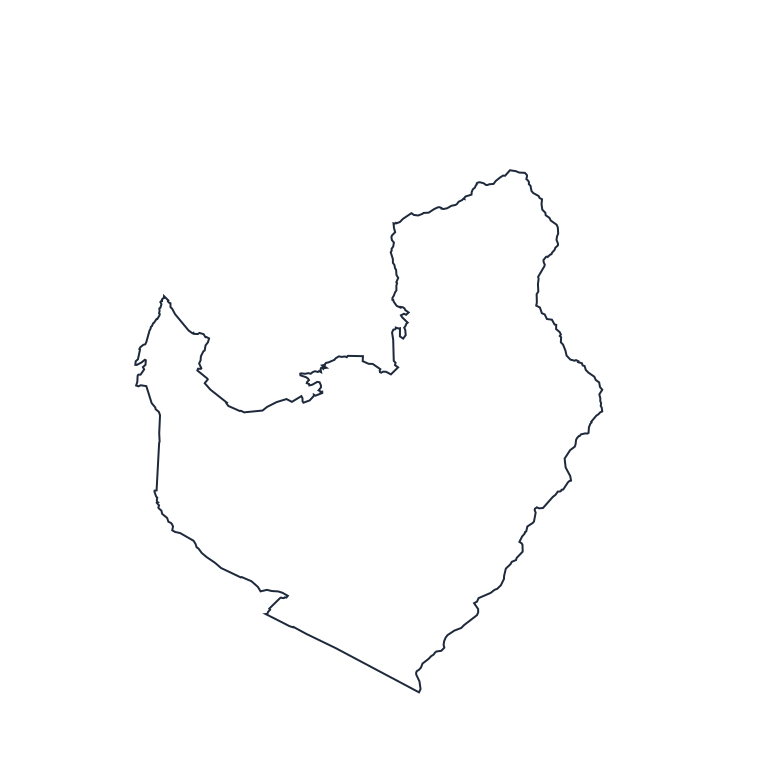 Scortoasa, Buzau, Romania (orthographic projection), rotated 40°
{"feature_id": "2599482B46829986132598", "entity_name": "Scortoasa", "entity_type": "district", "adm_level": 2, "iso_a3": "ROU", "parent_name": "Romania", "parent_adm1": "Buzau", "projection": "orthographic", "projection_center": [26.658, 45.394], "detail": "fine", "context": "isolated", "style": "outline", "palette": "slate", "viewbox_px": 768, "rotation_deg": 40, "n_neighbors": 0, "source": "geoboundaries", "source_scale": "gbopen_adm2", "svg_char_len": 6165}
<svg xmlns="http://www.w3.org/2000/svg" viewBox="0 0 768 768"><g transform="rotate(40 384 384)"><path d="M608.1,594.2L602.3,589.0L595.5,585.9L594.2,584.5L593.7,583.0L594.5,580.3L594.6,577.5L593.2,573.4L594.8,566.1L595.1,562.0L595.9,559.6L595.7,556.7L596.2,555.1L599.4,551.5L599.7,547.2L597.4,545.6L595.4,542.4L594.2,538.5L594.1,535.5L596.4,527.7L600.0,521.2L600.3,517.2L603.8,501.3L603.0,498.5L600.8,495.9L593.9,494.0L595.1,490.9L594.1,487.2L600.0,475.4L601.0,470.6L602.4,468.1L602.9,463.1L601.2,456.2L599.4,453.9L596.0,447.1L596.7,440.7L596.2,438.1L598.3,433.9L597.4,432.0L598.0,423.3L593.4,418.1L591.8,417.6L589.2,417.9L587.8,412.0L587.9,408.1L587.2,406.9L587.7,405.5L585.4,401.0L587.3,394.7L587.3,393.0L582.9,385.1L580.4,383.7L579.8,382.5L580.4,380.2L582.7,379.6L585.5,376.8L585.9,361.9L586.6,358.8L586.3,354.7L588.0,353.1L588.4,351.7L588.0,350.9L589.1,349.6L588.1,341.1L588.4,339.1L589.4,337.8L585.8,334.8L576.8,331.2L570.3,325.0L569.1,315.0L570.4,309.4L569.6,307.2L567.1,303.4L566.6,301.3L566.7,298.7L567.3,298.2L567.3,295.9L569.9,292.5L571.7,291.2L572.1,290.0L568.8,285.4L567.6,281.7L567.7,280.0L567.0,279.7L567.0,271.7L567.7,269.4L567.8,267.0L568.8,264.7L565.9,262.1L564.1,261.5L562.7,259.2L560.7,258.1L559.0,256.0L555.6,253.5L554.9,248.1L551.4,247.5L547.8,244.5L543.6,244.8L540.4,243.2L533.3,243.9L529.5,243.5L526.1,241.3L524.2,242.1L522.2,240.9L518.7,242.5L518.4,241.6L515.7,242.3L515.1,243.6L511.1,245.5L505.6,244.9L501.7,241.9L495.8,238.7L492.7,238.4L489.6,234.3L487.8,234.2L487.7,232.4L485.2,231.3L480.5,231.3L477.9,228.0L476.4,228.8L471.3,226.8L467.0,229.5L462.4,227.4L459.4,228.3L454.3,225.2L450.2,226.1L448.7,223.3L443.2,217.1L442.8,214.0L437.7,208.5L434.8,204.0L433.2,202.9L431.1,190.4L430.3,189.1L428.2,188.2L426.5,186.6L426.4,182.5L427.1,181.5L427.7,181.5L428.2,177.9L428.8,177.0L428.3,175.0L428.5,171.7L427.7,169.6L428.1,165.9L427.1,164.7L423.5,162.7L421.7,159.8L420.8,156.9L416.6,152.4L413.8,151.0L406.7,151.6L404.0,150.4L399.4,150.8L397.5,149.1L393.2,148.7L389.1,145.0L386.3,140.9L383.7,141.5L381.6,140.6L375.5,141.8L372.9,141.3L368.8,138.0L366.5,137.8L365.4,136.3L363.8,135.6L361.3,135.5L359.9,132.7L358.9,132.0L356.2,131.7L351.5,135.2L348.2,136.2L343.1,139.3L342.9,146.6L341.2,147.9L340.2,151.1L339.1,156.6L339.3,160.3L336.3,163.3L335.3,165.1L334.2,166.0L331.5,166.1L328.0,167.7L326.8,168.7L326.0,170.6L326.8,171.6L326.7,172.9L327.4,175.2L326.9,177.7L327.8,180.6L329.3,182.7L325.9,188.0L326.0,190.1L326.7,190.6L325.7,191.0L325.6,192.9L324.0,196.5L324.2,199.1L323.7,200.9L321.1,204.1L319.4,208.8L317.0,211.8L315.3,212.7L314.9,212.2L312.7,213.0L311.7,214.1L310.0,217.7L308.1,224.0L304.3,227.6L304.1,228.9L301.8,233.0L298.2,235.3L295.2,235.5L292.4,245.2L292.0,249.8L290.1,253.1L289.4,253.0L289.0,254.4L288.0,254.8L291.4,258.1L295.0,260.6L294.6,264.8L295.2,266.7L297.6,268.7L300.7,269.3L302.7,272.8L302.9,275.5L304.2,277.0L304.5,278.8L310.5,282.6L313.0,285.5L315.4,286.1L318.2,288.3L319.8,288.7L323.5,292.5L326.7,293.6L328.0,298.1L329.2,298.3L330.1,300.5L333.4,304.4L333.5,306.6L334.7,309.8L335.1,312.5L336.3,314.1L337.1,313.7L338.5,314.7L343.5,316.0L347.4,314.9L347.0,314.4L349.1,313.1L351.1,312.9L352.8,313.7L356.9,313.4L356.4,316.8L354.2,317.3L352.8,320.5L354.8,321.2L362.7,321.8L362.4,323.4L363.2,326.0L363.3,327.9L365.5,328.9L369.2,332.6L369.5,336.9L365.6,337.3L360.4,331.0L359.5,332.1L356.8,333.2L357.4,333.9L357.4,334.9L356.2,336.4L357.1,339.4L362.7,344.3L376.6,360.0L379.2,360.3L380.3,362.5L384.1,362.2L383.1,372.2L377.7,373.3L375.4,375.1L374.5,377.2L373.3,377.5L372.0,376.4L371.7,375.0L362.4,375.9L359.3,378.4L353.0,380.2L350.0,376.2L338.2,385.7L338.3,387.4L336.4,388.0L334.2,390.4L331.6,391.9L330.4,395.6L330.5,397.3L327.6,403.1L326.1,405.0L325.9,406.2L326.5,407.1L324.6,409.6L326.3,409.8L327.6,408.8L329.5,408.6L327.8,410.4L327.8,411.5L326.2,411.2L325.5,412.2L326.0,413.6L328.2,415.4L325.9,415.9L325.6,417.3L322.9,418.6L321.7,420.8L321.3,423.2L319.0,424.4L317.0,426.9L313.7,429.1L313.2,429.9L314.4,431.1L319.9,428.9L322.4,428.7L324.0,429.2L323.8,431.8L324.3,433.0L326.6,432.2L327.7,433.1L329.5,430.7L331.5,425.3L333.6,424.1L336.7,425.7L337.9,427.2L338.0,430.9L339.2,430.5L340.3,431.0L341.6,429.6L342.5,430.6L338.9,437.1L337.1,437.3L337.9,438.2L337.6,444.4L334.3,450.1L332.7,449.6L330.7,447.3L328.5,446.4L324.9,456.9L319.0,458.2L313.3,467.0L309.2,476.6L308.0,482.4L295.1,495.6L291.6,496.5L290.9,497.4L278.8,500.9L275.4,500.0L275.6,499.3L254.6,499.9L246.1,498.6L246.1,493.8L245.1,493.4L232.3,493.6L231.7,491.8L234.0,490.1L234.0,489.4L229.2,487.1L228.3,483.8L225.9,480.4L224.6,474.9L225.1,473.6L222.5,469.2L222.3,465.2L220.7,461.5L217.7,462.2L217.2,462.9L213.7,461.8L209.8,463.5L209.2,465.5L206.1,467.8L205.1,467.3L204.7,468.3L199.8,468.6L179.0,464.8L173.3,462.5L171.1,462.4L168.5,459.4L166.7,459.9L165.2,459.5L165.1,458.6L159.0,458.1L160.2,459.7L159.6,460.7L159.6,462.0L160.7,463.2L160.0,463.8L160.0,465.0L162.2,465.9L163.7,469.3L163.3,470.5L165.2,472.4L166.2,474.4L167.3,474.6L167.9,475.8L168.6,480.0L168.0,480.3L168.0,481.1L168.5,484.9L168.1,485.9L169.0,488.8L168.7,490.1L169.7,491.8L170.0,493.7L175.0,504.7L175.6,507.0L174.4,508.8L173.7,512.5L174.1,514.5L175.0,514.5L179.6,523.2L179.2,526.2L181.2,529.2L182.3,528.4L184.4,523.4L185.2,519.2L186.3,518.9L189.0,522.7L188.4,526.0L190.9,527.0L191.5,533.3L189.8,534.8L190.0,536.1L193.7,541.0L195.1,544.5L197.4,543.6L198.5,541.3L203.3,538.4L218.3,548.0L223.9,549.0L225.3,550.1L229.5,550.1L232.5,551.9L243.6,566.4L249.0,572.2L249.7,573.8L278.2,611.7L276.8,613.2L277.6,614.2L281.9,616.7L283.4,616.8L284.5,618.9L286.1,620.2L286.8,620.0L286.4,621.1L289.7,621.6L290.5,623.6L291.2,624.0L294.9,624.1L297.6,626.1L303.9,626.0L307.4,628.1L310.0,627.4L311.8,627.7L314.0,628.8L315.8,632.2L319.1,631.6L323.7,629.2L338.9,626.5L342.5,627.7L345.4,629.5L347.7,629.3L353.0,630.6L359.5,630.6L369.3,629.6L377.5,629.7L398.7,624.2L399.0,623.4L409.2,620.3L417.9,620.5L422.7,622.2L426.7,616.9L431.0,614.8L436.3,610.9L440.4,609.2L446.5,608.1L446.5,610.4L445.1,611.2L445.0,612.2L444.1,613.1L442.4,613.8L442.0,614.8L440.5,629.8L441.8,630.1L441.7,633.1L442.4,635.0L441.2,636.3L467.4,630.2L470.8,628.8L470.8,628.3L485.0,625.4L517.1,617.3L609.0,597.7L608.1,594.2Z" fill="none" stroke="#1e293b" stroke-width="2"/></g></svg>